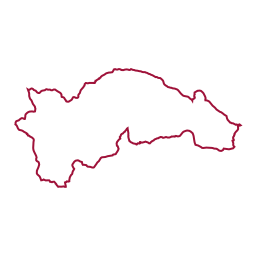 outline of Chicoana, Salta, Argentina
{"feature_id": "61730980B71873263236869", "entity_name": "Chicoana", "entity_type": "district", "adm_level": 2, "iso_a3": "ARG", "parent_name": "Argentina", "parent_adm1": "Salta", "projection": "orthographic", "projection_center": [-65.583, -25.169], "detail": "fine", "context": "isolated", "style": "outline", "palette": "rose", "viewbox_px": 256, "rotation_deg": 0, "n_neighbors": 0, "source": "geoboundaries", "source_scale": "gbopen_adm2", "svg_char_len": 5740}
<svg xmlns="http://www.w3.org/2000/svg" viewBox="0 0 256 256"><path d="M234.4,146.8L233.7,146.1L233.2,145.0L233.3,143.1L232.7,141.5L232.5,140.7L233.7,140.4L233.8,140.0L233.7,139.4L233.2,138.7L233.1,137.9L233.2,137.1L233.9,136.3L234.0,135.4L234.6,134.7L234.4,134.0L234.8,133.3L235.8,131.9L237.4,130.3L238.1,129.1L238.1,127.8L237.9,126.1L239.0,125.7L239.9,125.6L240.6,125.3L239.5,124.4L238.5,124.8L237.2,124.8L236.5,124.5L235.9,124.8L233.0,123.3L231.6,123.2L230.7,122.6L230.2,122.6L227.6,119.7L227.0,118.3L226.5,116.0L224.2,114.6L223.3,113.8L221.3,112.3L219.9,111.8L216.5,109.5L215.1,107.8L213.5,106.4L212.7,105.8L209.3,101.6L208.1,100.9L206.7,100.4L205.4,100.3L205.3,99.4L205.6,98.3L205.4,97.3L205.0,96.3L203.5,93.3L202.5,92.2L201.0,90.9L199.7,90.6L197.5,90.8L194.6,92.5L194.5,93.9L194.7,94.4L194.4,94.8L194.2,96.1L194.3,96.8L194.7,97.0L194.8,97.2L194.6,98.2L194.4,98.4L193.8,98.7L193.3,99.1L192.7,99.2L192.4,99.6L192.3,100.6L192.0,100.1L191.3,99.4L189.9,98.5L188.9,97.4L187.9,96.7L184.2,96.0L183.3,95.7L182.6,95.2L180.8,93.5L179.6,92.0L178.1,90.2L177.2,89.5L174.8,88.6L172.5,88.3L171.5,87.8L170.3,87.7L169.3,87.3L168.1,87.1L167.6,86.8L166.6,85.9L165.8,85.6L164.4,84.4L163.9,83.6L163.2,81.1L162.8,80.4L161.5,79.1L160.3,78.1L158.3,77.9L157.7,77.6L156.8,77.0L155.5,77.1L154.5,76.4L153.7,76.0L152.6,75.3L150.9,74.7L149.7,74.0L148.5,73.8L147.6,73.1L146.8,72.8L145.9,72.6L144.9,72.1L143.0,72.1L142.1,71.9L140.8,71.3L139.4,71.2L137.4,70.7L135.4,70.5L134.1,70.0L133.0,69.9L131.0,69.1L130.2,69.8L129.7,69.9L129.2,70.0L128.0,69.6L126.6,69.4L124.9,69.6L123.5,70.1L122.8,70.0L122.6,70.1L121.4,70.0L121.1,69.7L120.8,69.7L119.8,69.1L118.6,69.1L117.8,69.5L117.0,69.6L115.7,69.4L115.1,69.1L113.8,69.5L113.7,70.0L112.8,71.5L112.3,72.2L110.3,72.5L109.1,72.5L106.6,73.2L105.8,73.6L104.5,74.6L102.1,75.8L100.9,76.8L100.4,77.7L99.5,78.1L99.3,78.7L98.7,78.6L98.0,79.4L97.0,79.9L96.2,80.6L95.7,80.7L95.8,81.0L95.7,81.4L95.3,81.6L95.1,82.2L94.6,82.4L94.6,83.0L89.3,82.9L88.4,83.2L87.4,83.3L86.7,83.1L85.8,83.0L84.7,84.1L84.5,85.6L83.7,86.4L83.3,87.4L82.7,87.9L80.7,90.3L79.8,93.1L78.6,94.5L78.3,95.2L78.4,96.7L78.1,97.4L77.3,97.9L76.0,97.9L74.3,97.1L73.3,97.1L72.7,97.9L72.1,99.1L71.5,99.9L68.6,101.7L67.2,101.7L66.2,101.3L65.9,100.4L65.3,99.8L64.1,97.8L63.4,97.3L61.7,96.9L61.6,96.5L61.4,94.4L60.7,93.3L60.0,92.7L57.4,91.2L55.0,89.5L53.8,89.5L52.1,90.3L51.0,90.2L50.0,89.6L48.0,89.7L46.6,89.2L45.9,89.4L44.9,90.2L42.1,90.7L40.9,91.4L40.2,92.3L39.3,93.0L38.3,93.0L37.1,92.4L35.7,90.7L33.8,90.0L33.2,89.2L32.2,88.6L31.4,88.5L30.3,89.1L29.6,89.7L28.7,90.0L27.9,89.5L28.4,91.0L28.9,92.2L29.2,93.7L29.2,96.0L29.8,98.1L30.3,99.1L31.2,100.0L31.7,100.9L32.9,103.9L34.9,106.6L35.0,107.4L35.4,108.7L35.0,111.4L33.7,111.7L32.0,111.4L29.5,111.6L28.1,112.2L27.0,113.0L25.6,114.4L25.3,115.7L25.3,116.7L24.9,118.9L24.3,119.0L23.2,118.4L22.6,118.2L21.5,118.2L19.9,119.3L18.7,120.4L17.6,120.7L16.3,121.2L15.6,122.4L15.6,123.4L15.4,124.4L16.4,125.2L17.0,126.1L18.0,128.5L19.2,129.9L21.2,130.3L22.6,130.8L23.8,131.7L26.4,133.1L26.7,133.9L27.3,133.8L27.7,134.3L27.7,135.1L28.2,135.7L28.7,135.6L29.4,135.8L29.9,136.5L31.8,137.4L33.3,138.7L33.7,139.4L33.8,140.3L33.5,142.1L33.2,147.7L33.3,149.1L33.6,150.5L34.2,151.9L36.2,156.0L36.6,157.6L36.2,158.6L36.2,160.2L36.9,161.1L38.4,161.9L38.9,162.9L39.2,164.6L38.4,167.3L36.9,170.7L36.8,173.3L37.3,174.3L39.6,176.4L40.2,177.6L41.2,180.3L42.9,180.0L43.6,179.5L45.6,180.4L49.1,180.3L49.7,180.9L50.2,181.9L50.9,181.8L52.0,182.2L52.8,181.8L54.1,181.7L55.3,182.9L55.6,183.4L55.7,183.8L56.2,184.0L56.8,185.3L57.3,185.7L58.2,186.8L58.7,186.6L61.6,186.7L63.6,186.4L65.0,186.9L65.8,186.8L65.8,186.1L65.5,184.9L65.0,182.4L65.5,182.2L66.4,182.0L66.8,181.4L68.5,181.6L69.3,181.3L69.3,180.1L69.8,177.4L71.0,175.1L72.0,174.2L72.3,173.6L72.4,172.7L72.9,171.1L73.3,170.6L74.2,168.9L73.4,167.8L72.5,166.0L72.3,165.1L72.5,164.4L74.3,161.7L75.3,160.9L75.9,160.6L77.9,160.3L78.9,160.7L79.8,161.3L80.8,161.7L81.9,162.0L82.3,163.8L82.8,164.8L84.2,164.8L86.4,165.2L87.0,166.1L87.6,166.6L90.5,166.9L91.8,167.4L93.1,167.6L94.0,167.3L96.3,164.1L97.3,162.5L98.9,161.1L100.8,158.0L101.9,157.3L105.3,157.0L107.7,156.2L112.6,155.4L113.0,154.7L113.9,154.4L115.1,154.3L115.9,153.9L116.3,153.0L117.3,151.6L118.3,149.7L118.6,148.8L118.5,148.3L118.2,148.0L117.9,146.7L117.7,146.2L117.2,146.0L116.9,145.7L116.6,143.2L116.9,142.7L117.2,141.7L117.7,141.2L118.9,139.6L120.3,138.6L120.3,138.3L119.9,137.5L119.8,137.0L120.7,135.9L121.0,134.7L121.7,134.0L123.0,133.4L123.8,132.3L124.9,131.7L125.4,130.7L126.2,130.0L126.9,128.7L127.6,128.2L127.7,129.3L128.0,130.7L128.1,131.5L128.4,133.1L128.3,135.3L128.5,135.9L128.3,136.3L128.3,136.8L128.7,138.6L129.0,139.4L129.2,140.5L129.4,141.0L129.9,141.2L130.0,141.5L130.9,142.2L132.2,142.8L133.2,143.4L135.8,143.9L136.4,144.5L136.9,144.4L137.4,143.6L137.7,143.3L138.2,143.3L139.2,143.6L139.8,143.4L140.0,143.3L139.8,142.4L140.0,142.0L140.3,142.0L141.6,142.6L142.2,142.6L144.5,142.0L145.4,141.6L147.8,142.4L149.1,143.3L149.9,143.3L150.4,142.8L151.0,142.0L151.8,141.5L152.0,141.2L153.7,140.4L154.4,139.6L154.9,139.3L156.0,138.9L157.2,138.3L158.4,138.2L159.1,137.6L159.9,137.4L160.4,137.0L161.9,137.1L162.7,137.7L163.2,137.8L164.9,137.4L166.0,137.0L167.5,137.5L169.4,137.5L170.8,137.0L171.6,136.5L172.1,136.6L173.3,136.4L174.2,136.6L174.8,136.6L175.3,136.0L175.8,136.2L176.4,136.0L177.7,136.4L178.8,136.3L180.0,135.8L182.8,132.3L183.8,131.6L185.6,130.9L187.1,130.5L189.2,130.8L190.6,131.5L192.6,133.2L193.1,134.4L193.6,136.1L194.4,141.2L194.7,142.7L195.5,144.8L198.1,145.5L201.1,147.1L201.9,147.8L203.1,148.0L206.4,147.6L211.7,147.9L212.9,148.1L214.2,148.6L216.2,148.7L217.4,149.2L218.9,150.4L219.6,150.7L220.6,150.9L221.5,150.9L223.1,149.9L223.7,148.6L229.0,149.3L233.1,148.3L234.4,146.8Z" fill="none" stroke="#9f1239" stroke-width="2"/></svg>